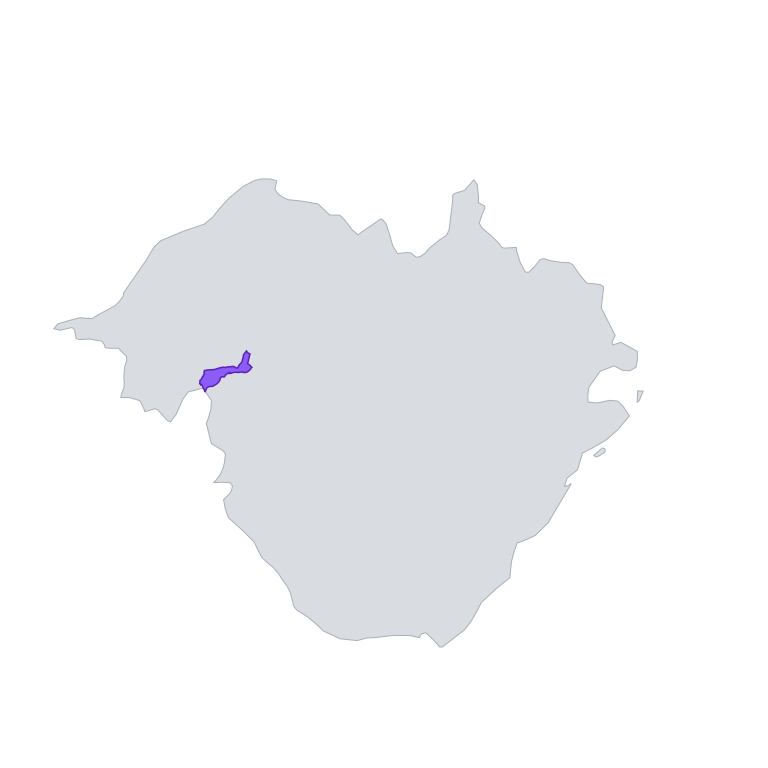 location of Stueng Traeng, Stœng Trêng, Cambodia, rotated 234°
{"feature_id": "14789045B25849746907404", "entity_name": "Stueng Traeng", "entity_type": "district", "adm_level": 2, "iso_a3": "KHM", "parent_name": "Cambodia", "parent_adm1": "Stœng Trêng", "projection": "natural_earth1", "projection_center": [106.059, 13.658], "detail": "fine", "context": "in_parent", "style": "filled", "palette": "violet", "viewbox_px": 768, "rotation_deg": 234, "n_neighbors": 0, "source": "geoboundaries", "source_scale": "gbopen_adm2", "svg_char_len": 7891}
<svg xmlns="http://www.w3.org/2000/svg" viewBox="0 0 768 768"><g transform="rotate(234 384 384)"><path d="M622.9,149.3L624.4,155.3L620.4,166.7L616.3,177.0L608.5,186.1L608.1,192.7L605.4,212.6L606.5,218.9L608.3,224.3L610.9,227.2L617.7,246.6L623.9,264.2L630.1,278.7L631.1,287.9L625.6,311.1L619.0,332.4L619.6,343.1L622.5,353.7L625.5,367.9L626.6,386.1L625.0,397.9L622.1,405.2L616.4,412.8L611.5,416.6L605.6,410.2L600.8,409.9L594.5,411.9L589.5,414.8L579.4,425.9L568.2,436.6L552.6,439.4L546.6,447.4L540.1,448.5L527.8,448.9L519.8,450.7L520.1,454.8L519.5,473.7L519.6,478.1L518.4,479.3L512.8,479.9L503.4,477.0L490.6,472.3L481.6,471.6L476.9,479.8L474.1,483.0L470.7,483.5L467.1,485.0L465.8,488.7L465.6,493.3L467.3,501.2L467.9,513.7L467.5,522.2L470.8,527.6L490.3,545.8L496.1,550.3L496.7,553.1L493.3,562.9L496.4,576.8L490.3,576.6L480.1,570.6L475.2,566.9L469.3,569.9L467.2,569.3L463.2,562.5L458.0,555.5L452.6,555.1L441.3,557.8L429.7,559.7L425.2,559.7L423.4,560.9L416.7,571.3L413.8,569.5L402.1,565.6L391.5,564.1L389.3,566.8L390.6,575.2L392.9,583.5L391.5,587.0L385.7,591.3L377.9,599.2L373.1,605.3L369.8,606.8L358.0,606.5L346.3,607.3L341.5,613.0L337.1,617.5L333.3,618.7L317.9,604.5L287.4,599.6L284.1,593.3L281.2,592.1L278.4,600.2L261.6,608.1L254.6,603.3L249.4,597.6L250.2,590.6L255.1,584.9L263.4,580.8L267.3,566.4L261.0,548.0L255.5,542.6L249.6,538.4L243.4,545.2L238.2,556.9L232.8,563.0L225.1,564.3L213.9,563.8L209.6,546.3L208.2,531.3L209.8,514.2L211.5,504.1L200.8,490.1L200.2,476.7L195.1,469.9L193.5,473.3L193.6,477.2L192.2,474.4L175.3,435.3L172.5,417.2L175.5,403.2L177.2,398.5L172.3,391.2L165.5,382.8L153.3,371.9L152.5,354.5L149.9,334.1L146.3,327.2L140.7,314.7L137.8,304.3L136.9,276.7L138.4,274.5L147.0,273.7L158.1,271.7L159.9,267.3L157.9,263.6L165.0,257.4L175.2,243.7L183.1,229.4L188.8,220.4L192.2,211.4L203.6,198.8L219.4,190.0L230.1,188.0L241.2,185.0L251.8,180.7L256.9,180.3L270.1,185.5L277.2,186.8L284.7,186.7L292.5,187.2L299.3,186.7L315.5,183.1L332.6,186.0L348.0,183.7L367.0,179.6L376.3,182.2L384.8,186.3L385.9,194.7L387.9,198.6L390.7,201.5L394.5,201.5L399.4,195.7L403.4,189.6L404.7,188.5L404.9,191.5L406.9,198.0L410.5,204.5L414.2,208.7L420.3,214.4L424.3,214.7L437.2,209.3L456.7,217.1L459.0,221.0L465.2,229.0L472.1,234.7L487.2,235.0L492.7,221.0L490.0,212.5L481.4,197.6L479.0,188.9L481.8,187.3L496.4,185.7L498.8,183.9L502.1,174.3L506.0,175.4L514.2,176.6L522.7,170.1L527.8,163.1L530.6,166.3L533.6,171.1L537.0,174.0L543.2,178.1L550.0,184.0L554.2,189.7L557.6,192.0L566.3,190.4L568.6,190.6L573.7,183.6L577.2,179.8L580.2,180.9L584.6,180.8L593.7,171.9L598.9,163.8L601.7,161.6L609.9,165.6L613.1,164.8L617.8,153.7L622.9,149.3ZM203.9,523.2L202.3,524.3L200.7,524.3L199.1,522.7L199.3,516.4L200.4,512.5L203.2,511.8L203.9,523.2ZM229.4,585.2L225.9,589.4L220.5,580.7L220.5,578.2L229.4,585.2Z" fill="#d9dde1" stroke="#a8b0b8" stroke-width="1"/><path d="M497.4,243.9L497.4,243.4L497.4,243.2L497.2,242.9L496.9,242.8L496.6,242.6L496.6,242.2L496.4,241.8L496.4,241.5L496.5,241.4L496.4,241.2L496.2,240.7L495.9,240.2L495.8,239.9L495.6,239.7L495.4,239.2L495.2,238.9L495.1,238.5L495.1,238.2L495.1,237.7L495.1,237.4L495.0,237.2L494.9,237.0L494.7,236.8L494.0,236.4L493.8,236.3L493.7,236.2L493.3,235.9L493.1,235.8L493.0,235.7L492.9,235.5L492.8,235.2L492.7,235.2L491.7,235.2L491.4,235.2L491.3,235.3L490.9,235.3L491.0,235.7L491.0,235.8L491.0,236.0L490.8,236.3L490.6,236.2L490.1,236.1L489.6,236.0L489.0,235.9L488.4,235.8L487.9,235.7L487.3,235.5L486.7,235.3L486.3,235.3L485.5,235.3L484.9,235.3L484.6,235.2L484.4,235.1L484.1,234.9L483.7,234.8L483.5,234.7L483.3,234.7L483.1,234.6L482.9,234.6L482.8,234.4L482.7,234.3L483.3,235.6L484.1,236.8L484.5,237.5L484.8,238.0L484.9,238.4L485.0,239.0L485.0,239.5L484.9,239.9L484.9,240.1L484.8,240.5L484.7,240.9L484.6,241.3L484.4,241.6L484.2,241.9L484.1,242.1L483.9,242.4L483.7,242.7L483.5,242.9L483.4,243.1L483.2,243.5L482.9,243.9L482.8,244.3L482.8,244.7L482.7,245.2L482.6,246.0L482.6,247.0L482.4,248.0L482.4,249.1L482.5,249.8L482.7,250.8L482.9,251.7L483.1,252.4L483.4,253.0L483.7,253.5L483.8,253.7L484.0,254.0L484.3,254.4L484.6,254.7L484.8,254.9L484.9,255.2L485.1,255.6L485.3,255.9L485.3,256.1L485.3,256.4L485.3,256.5L485.2,256.9L485.1,257.2L484.9,257.4L484.6,257.7L484.3,258.1L483.9,258.4L483.8,258.7L483.7,259.0L483.7,259.3L483.7,259.6L483.9,259.9L484.1,260.1L484.2,260.4L484.2,260.6L484.3,260.9L484.3,261.3L484.4,261.8L484.4,262.3L484.4,262.7L484.4,263.1L484.4,263.5L484.4,264.0L484.5,264.4L484.5,264.7L484.4,264.9L484.4,265.1L484.3,265.4L484.2,265.6L483.9,265.8L483.9,265.6L483.8,265.4L483.8,265.2L483.7,265.0L483.5,264.9L483.4,264.9L483.3,265.4L483.2,265.6L483.0,265.9L482.9,266.1L482.7,266.4L482.6,266.6L482.5,266.8L482.3,267.0L482.3,267.4L482.2,268.0L482.0,268.5L481.9,268.7L481.6,269.2L481.4,269.7L481.2,270.1L480.9,270.6L480.6,271.0L479.7,272.1L478.9,272.9L478.6,273.4L478.4,273.9L478.4,274.3L478.0,274.9L477.9,275.0L477.7,275.2L477.5,275.4L477.4,275.7L477.3,275.8L477.2,275.9L477.1,276.1L476.9,276.3L476.8,276.5L476.7,276.5L476.5,276.8L476.3,276.9L476.1,277.1L475.8,277.3L475.7,277.4L475.5,277.5L475.3,277.8L475.2,277.9L475.1,278.1L474.9,278.3L474.8,278.5L474.7,278.7L474.7,278.9L474.6,279.0L474.5,279.3L474.4,279.5L474.3,280.1L474.2,280.2L474.2,280.4L474.2,280.5L474.1,280.8L474.1,281.0L474.1,281.8L474.1,282.3L474.1,282.8L474.2,283.5L474.3,284.0L474.4,284.4L474.5,284.8L474.6,285.1L474.8,285.5L474.9,285.8L475.0,286.2L475.1,286.6L475.2,286.8L475.2,287.0L475.3,287.0L475.4,286.9L475.5,286.9L475.8,286.8L476.1,286.8L476.4,286.7L476.5,286.7L476.8,286.7L477.2,286.6L477.6,286.6L478.4,286.5L479.1,286.2L479.3,286.2L479.5,286.1L479.8,286.0L479.8,285.9L480.0,285.7L480.3,285.6L480.5,285.7L480.6,285.8L480.8,285.8L481.0,285.9L481.1,286.0L481.3,286.2L481.6,286.7L482.0,287.4L482.2,287.7L482.6,288.0L482.8,288.2L483.3,288.7L483.7,289.1L483.9,289.4L484.2,289.7L484.2,289.8L485.0,290.8L485.3,291.1L485.6,291.4L485.8,291.7L486.1,292.0L486.5,292.5L486.8,293.0L487.0,293.2L487.2,293.3L487.4,293.1L487.8,292.8L488.2,292.6L488.6,292.5L488.9,292.3L489.3,292.2L489.6,292.2L490.1,292.1L490.9,292.0L491.3,292.0L491.5,292.1L491.5,291.9L491.4,291.6L491.3,291.1L491.1,290.4L490.9,289.8L490.8,289.4L490.7,288.9L490.5,288.4L490.3,287.9L490.2,287.5L489.9,287.2L489.5,286.8L489.1,286.5L488.8,286.2L488.6,285.9L488.2,285.5L488.0,285.2L487.7,284.9L487.1,284.2L486.6,283.5L486.1,283.0L485.6,282.4L485.3,281.6L485.2,281.3L485.0,281.0L485.0,280.9L484.9,280.1L484.8,279.7L484.8,279.2L484.7,278.8L484.6,278.5L484.5,278.1L484.4,277.6L484.3,277.3L484.1,276.9L483.9,276.8L483.7,276.4L483.5,276.2L483.4,275.9L483.4,275.7L483.3,275.3L483.2,275.1L483.2,274.9L483.3,274.4L483.5,274.1L483.9,273.9L484.4,273.7L484.8,273.5L485.2,273.4L485.6,273.3L485.8,273.1L486.1,272.9L486.5,272.6L486.9,272.2L487.1,272.0L487.3,271.8L487.4,271.6L487.6,271.2L487.8,270.8L488.0,270.4L488.1,270.0L488.3,269.7L488.5,269.3L488.8,269.0L488.9,268.7L489.1,268.5L489.3,268.2L489.5,268.1L489.7,267.8L489.8,267.5L489.9,267.4L490.1,266.9L490.2,266.6L490.5,265.6L490.8,265.1L491.2,264.8L491.4,264.6L491.7,264.3L491.9,264.1L492.1,263.8L492.3,263.5L492.4,263.2L492.5,262.9L492.7,262.7L492.9,262.3L493.0,262.0L493.1,261.6L493.2,261.4L493.3,261.1L493.5,260.8L493.6,260.6L493.7,260.3L493.8,260.0L493.9,259.7L494.0,259.4L494.2,258.9L494.4,258.5L494.5,258.2L494.6,257.8L494.7,257.5L494.8,257.0L494.9,256.6L495.1,256.2L495.2,255.9L495.3,255.6L495.5,255.3L495.6,255.0L495.7,254.8L495.8,254.6L495.9,254.4L496.0,254.1L496.2,253.9L496.4,253.7L496.6,253.5L497.9,251.4L498.0,251.2L498.2,250.8L498.2,250.7L498.3,250.6L498.4,250.4L498.5,250.3L498.6,250.2L498.8,249.9L499.0,249.7L499.1,249.3L499.2,249.1L499.4,248.9L499.6,248.5L499.7,248.2L499.8,248.0L500.0,247.7L500.1,247.4L500.2,247.2L500.3,247.0L500.4,246.7L500.2,246.5L500.2,246.3L500.1,246.2L499.9,246.0L499.6,245.7L499.5,245.4L499.3,245.3L499.1,245.2L498.9,245.0L498.7,244.9L498.4,244.9L498.1,244.8L497.9,244.7L497.7,244.5L497.6,244.4L497.5,244.2L497.4,243.9Z" fill="#8b5cf6" stroke="#5b21b6" stroke-width="1.5"/></g></svg>